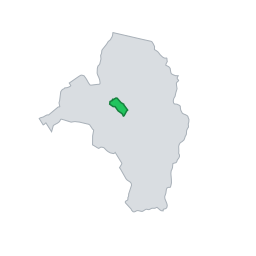 Duk, Jonglei, South Sudan shown in context, rotated 238°
{"feature_id": "79223893B68171722755013", "entity_name": "Duk", "entity_type": "district", "adm_level": 2, "iso_a3": "SSD", "parent_name": "South Sudan", "parent_adm1": "Jonglei", "projection": "albers", "projection_center": [31.227, 7.661], "detail": "fine", "context": "in_parent", "style": "filled", "palette": "green", "viewbox_px": 256, "rotation_deg": 238, "n_neighbors": 0, "source": "geoboundaries", "source_scale": "gbopen_adm2", "svg_char_len": 3812}
<svg xmlns="http://www.w3.org/2000/svg" viewBox="0 0 256 256"><g transform="rotate(238 128 128)"><path d="M196.2,186.5L189.7,193.1L189.3,193.5L188.4,194.0L185.8,194.0L183.0,193.7L180.5,192.0L177.9,193.3L176.3,193.8L175.3,193.9L173.1,194.1L169.9,194.9L168.4,195.7L167.6,196.4L167.0,197.7L166.6,197.9L166.0,197.7L165.2,197.2L163.5,196.5L162.6,194.8L161.8,193.8L161.2,193.3L158.5,195.0L157.1,195.3L156.1,195.3L154.1,194.4L151.9,193.6L150.8,193.6L149.1,194.6L147.2,196.0L146.2,197.5L145.7,198.3L145.0,197.0L144.4,196.2L143.5,195.9L141.6,196.2L141.2,195.7L141.1,194.6L140.8,193.6L140.4,192.8L139.0,192.0L135.3,190.4L132.6,187.3L131.1,185.8L130.1,184.9L128.7,182.4L127.0,180.7L125.0,179.9L123.7,180.2L122.3,182.1L119.7,183.8L118.6,183.8L117.0,182.9L115.1,182.2L111.7,181.9L110.3,182.7L108.5,184.0L106.9,184.8L105.9,184.9L105.0,184.6L104.0,184.4L103.1,184.3L101.3,183.1L100.3,182.2L99.7,181.4L98.7,180.8L97.5,180.3L96.6,179.6L96.2,178.6L95.5,177.4L94.7,176.3L91.9,174.3L91.1,173.2L90.5,172.0L89.4,170.8L88.2,169.1L87.8,166.7L87.8,164.7L87.5,163.8L87.0,162.9L86.4,162.1L85.5,161.2L83.2,159.9L80.9,158.5L79.8,157.6L77.7,157.3L76.4,156.4L75.3,154.6L74.9,153.1L73.9,151.9L73.4,151.1L73.2,150.2L74.1,147.3L72.8,146.2L71.0,144.9L69.7,143.4L68.9,142.0L66.6,140.2L61.4,137.5L58.5,135.8L56.9,134.3L55.5,132.8L55.4,132.2L56.3,130.7L56.5,129.5L55.7,128.1L52.7,125.6L50.3,122.7L48.4,121.8L43.9,121.0L42.7,120.7L41.3,120.1L40.0,118.8L39.6,117.4L40.3,115.0L39.9,114.3L39.1,114.0L39.3,113.6L40.2,112.4L41.6,111.7L45.3,110.6L45.5,110.1L45.6,108.7L45.9,107.9L47.2,105.9L47.4,105.1L47.5,103.3L47.7,102.5L48.1,101.9L49.1,100.9L49.5,100.3L49.6,99.0L49.6,96.3L50.1,95.3L52.5,92.9L53.1,91.9L53.3,90.9L53.3,89.9L53.5,89.0L54.2,88.0L54.8,87.8L56.5,87.5L57.6,87.7L65.8,86.2L66.7,86.4L67.2,87.4L67.1,88.9L67.2,89.7L67.7,90.2L69.0,91.0L69.8,92.2L70.3,92.7L71.6,93.5L77.6,100.7L79.3,101.4L81.0,101.2L84.3,99.7L85.9,99.4L97.5,99.9L98.8,99.7L100.6,103.3L101.4,104.1L114.1,104.2L113.8,103.2L114.0,102.1L116.2,99.9L116.5,99.7L118.5,98.6L120.4,97.9L124.1,97.1L125.4,95.9L126.2,94.7L126.2,92.4L126.7,92.0L127.6,91.5L131.8,89.4L132.5,89.0L140.0,93.8L144.2,97.6L144.5,97.8L144.9,97.7L145.1,97.6L145.6,97.4L147.4,97.3L150.8,97.2L151.9,96.7L158.8,89.9L160.5,87.7L160.9,87.3L161.9,85.8L163.0,83.1L163.2,82.8L170.6,76.4L170.9,75.9L171.0,75.5L169.8,73.4L169.6,72.3L169.5,70.6L169.7,68.0L169.7,66.4L169.6,65.9L165.3,61.2L175.8,61.1L175.9,60.5L175.8,60.3L175.6,59.8L175.5,59.0L175.5,58.6L175.6,58.2L175.5,57.8L175.6,57.7L183.1,57.7L183.1,59.0L182.2,62.2L182.2,64.0L182.0,66.2L181.7,66.8L181.3,67.3L181.2,67.6L181.2,67.8L182.8,79.7L182.7,80.2L182.3,81.0L182.2,81.2L182.2,81.4L182.3,81.5L185.8,82.8L186.0,82.9L186.1,83.0L187.4,84.5L194.3,90.1L194.5,90.4L195.3,92.2L195.3,92.5L195.4,92.9L195.4,93.2L195.2,94.3L195.2,94.8L195.4,95.1L195.5,95.4L195.5,95.6L195.4,95.8L194.4,97.9L194.1,99.4L194.0,100.6L194.0,101.3L194.2,101.8L194.3,101.9L194.4,102.0L197.3,102.0L197.3,102.7L197.8,113.4L197.8,114.6L197.7,116.2L197.3,116.8L196.5,117.6L195.5,118.4L192.8,118.6L190.5,118.6L188.9,118.5L186.8,118.4L184.7,118.6L184.0,119.2L181.3,125.0L180.5,126.4L180.3,127.3L180.5,127.8L181.6,128.5L183.9,129.5L186.6,130.1L188.5,130.3L189.9,130.6L190.9,130.9L194.7,133.5L195.9,134.7L196.6,135.7L196.8,136.9L197.3,138.0L200.8,141.6L204.1,143.3L205.4,145.2L206.6,146.1L207.8,147.1L208.4,148.6L209.9,152.9L210.8,155.1L211.8,157.0L212.2,160.0L213.0,161.3L213.8,162.9L215.2,164.4L216.6,165.5L216.9,165.8L202.7,180.0L196.2,186.5Z" fill="#d9dde1" stroke="#a8b0b8" stroke-width="1"/><path d="M143.4,137.2L149.9,136.7L150.4,137.0L153.2,135.5L159.0,134.6L159.8,133.7L159.9,131.0L160.5,130.3L160.3,129.7L159.6,129.5L160.0,126.8L157.9,125.1L154.1,126.7L152.9,128.4L147.7,128.7L143.2,130.6L140.6,130.4L140.5,131.2L143.1,135.8L143.4,137.2Z" fill="#22c55e" stroke="#15803d" stroke-width="1.5"/></g></svg>